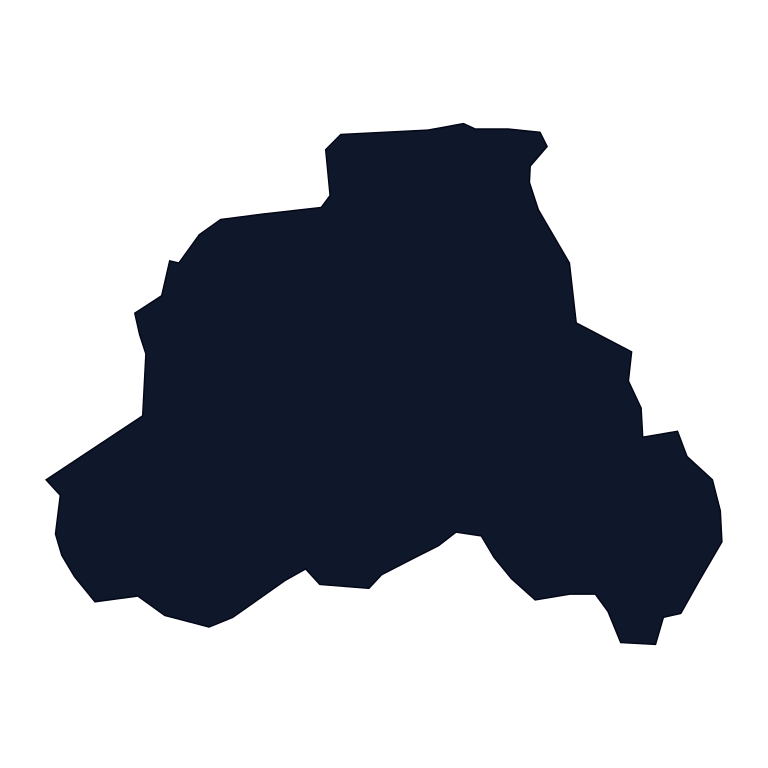 the district of Bulqizë, Dibër, Albania
{"feature_id": "67620474B60153855067708", "entity_name": "Bulqizë", "entity_type": "district", "adm_level": 2, "iso_a3": "ALB", "parent_name": "Albania", "parent_adm1": "Dibër", "projection": "robinson", "projection_center": [20.355, 41.469], "detail": "fine", "context": "isolated", "style": "filled", "palette": "ink", "viewbox_px": 768, "rotation_deg": 0, "n_neighbors": 0, "source": "geoboundaries", "source_scale": "gbopen_adm2", "svg_char_len": 905}
<svg xmlns="http://www.w3.org/2000/svg" viewBox="0 0 768 768"><path d="M55.5,534.0L61.8,555.3L74.5,576.6L95.0,601.8L137.8,596.0L164.7,615.4L209.0,627.0L232.8,617.3L285.0,580.5L305.6,568.9L319.8,584.4L368.9,588.3L381.6,574.7L411.7,559.2L438.6,545.6L456.0,532.1L481.3,535.9L494.0,557.3L511.4,578.6L535.2,599.9L570.0,594.1L595.3,594.1L608.0,611.5L620.7,642.5L655.5,644.4L663.4,617.3L680.8,613.4L698.2,582.4L721.9,541.8L720.3,510.8L712.4,479.8L687.0,456.5L677.5,431.3L642.7,437.2L641.1,408.1L628.4,381.0L631.6,351.9L576.2,322.9L569.4,263.0L538.3,209.7L529.4,182.4L530.2,166.1L547.1,146.5L540.0,132.3L508.0,129.0L475.1,129.0L463.5,123.6L428.0,130.1L340.8,134.5L325.7,149.7L330.1,195.5L321.2,207.5L263.4,214.0L220.7,219.5L199.3,234.7L178.9,263.0L169.7,260.9L161.7,295.7L134.8,313.2L139.6,334.5L145.9,353.9L142.7,415.8L46.1,479.8L60.3,495.3L55.5,534.0Z" fill="#0f172a" stroke="#020617" stroke-width="1.5"/></svg>